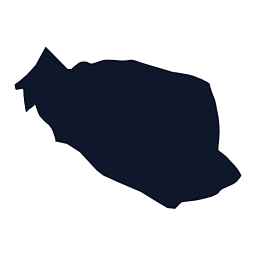 Sirwah, Ma'rib, Yemen (Equal Earth projection)
{"feature_id": "15242507B46939016303647", "entity_name": "Sirwah", "entity_type": "district", "adm_level": 2, "iso_a3": "YEM", "parent_name": "Yemen", "parent_adm1": "Ma'rib", "projection": "equal_earth", "projection_center": [45.022, 15.441], "detail": "fine", "context": "isolated", "style": "filled", "palette": "ink", "viewbox_px": 256, "rotation_deg": 0, "n_neighbors": 0, "source": "geoboundaries", "source_scale": "gbopen_adm2", "svg_char_len": 4105}
<svg xmlns="http://www.w3.org/2000/svg" viewBox="0 0 256 256"><path d="M56.1,140.8L56.7,140.9L65.9,142.9L67.1,143.1L80.2,151.5L82.1,153.5L87.9,159.8L97.3,169.9L103.7,174.9L112.4,178.8L116.7,180.8L141.0,191.2L160.8,203.3L167.6,207.3L168.7,207.4L174.8,208.1L179.7,203.1L180.9,202.0L182.1,201.5L184.8,201.1L190.4,200.4L193.9,200.0L198.6,199.2L206.5,197.3L211.0,196.1L214.2,194.8L216.7,193.4L217.7,192.8L218.1,192.3L218.7,191.5L219.4,190.6L220.2,189.8L220.5,189.5L221.1,189.1L221.9,188.5L222.9,188.0L223.8,187.7L224.6,187.3L225.5,186.9L226.4,186.5L227.3,186.1L228.3,185.6L229.2,185.2L230.2,184.8L231.0,184.4L232.0,183.9L232.8,183.5L233.7,183.0L234.5,182.5L235.4,181.8L236.2,181.2L236.8,180.4L237.5,179.6L238.2,178.8L238.9,178.0L239.6,177.1L240.2,176.2L240.6,175.2L240.4,175.0L239.9,174.0L239.3,173.1L238.7,172.0L238.1,171.1L237.5,170.1L236.8,169.1L236.0,168.1L235.2,167.2L234.6,166.4L233.9,165.6L233.2,164.9L232.4,164.0L231.6,163.2L230.9,162.4L230.1,161.7L229.4,160.8L228.6,160.0L227.9,159.1L226.9,158.1L226.1,157.3L225.3,156.5L224.5,155.8L223.6,155.1L222.7,154.4L221.9,153.8L221.0,153.1L220.2,152.5L219.3,151.8L218.4,151.1L217.7,150.6L217.6,149.4L217.6,148.1L217.8,146.7L217.8,145.4L217.9,144.3L218.1,143.0L218.2,141.9L218.4,140.3L218.5,138.8L218.6,137.5L218.6,136.3L218.7,135.1L218.7,133.6L218.9,132.3L218.8,130.8L218.8,129.6L218.7,128.2L218.7,127.0L218.6,125.5L218.5,124.2L218.4,122.9L218.3,121.6L218.1,120.0L218.0,118.7L217.8,117.1L217.5,115.9L217.3,114.7L217.1,113.5L216.8,112.1L216.5,110.8L216.3,109.4L216.0,108.2L215.8,106.9L215.6,105.7L215.5,105.2L215.3,104.3L215.0,102.9L214.8,101.8L214.4,100.5L214.1,99.5L213.7,98.4L213.2,97.2L212.7,95.9L212.2,94.7L211.7,93.2L211.2,92.0L210.8,90.8L210.4,89.6L210.1,88.3L209.7,87.2L209.3,85.8L209.0,84.5L208.9,83.9L208.6,83.8L207.8,83.2L206.9,82.6L206.1,82.2L205.1,81.7L204.3,81.3L203.5,80.9L202.7,80.4L201.8,80.0L200.8,79.5L199.8,79.2L198.9,78.8L198.0,78.6L197.1,78.1L196.2,77.7L195.2,77.3L194.3,77.0L193.3,76.6L192.4,76.3L191.4,76.1L190.5,75.8L189.6,75.6L188.7,75.3L187.7,75.1L186.8,74.9L185.9,74.8L184.9,74.6L184.1,74.5L183.1,74.3L182.3,74.1L181.4,74.0L180.4,73.8L179.4,73.7L178.5,73.5L177.5,73.3L176.5,73.1L175.5,73.0L174.3,72.9L173.4,72.9L166.7,70.9L162.4,69.6L152.4,66.7L140.5,63.1L139.5,62.8L138.4,62.4L137.5,62.0L136.5,61.7L135.6,61.4L134.6,61.0L133.6,60.8L132.6,60.6L131.6,60.5L130.5,60.5L129.5,60.6L128.5,60.8L127.6,60.9L126.5,61.1L125.4,61.2L124.5,61.2L123.6,61.2L122.4,61.2L121.3,61.2L120.1,61.2L119.1,61.1L118.2,61.1L117.1,60.9L116.1,60.8L114.9,60.8L113.9,60.7L113.0,60.6L112.1,60.6L111.1,60.6L110.0,60.6L109.0,60.4L107.8,60.4L106.7,60.5L105.7,60.5L104.5,60.6L103.5,60.8L102.4,61.1L101.5,61.4L100.3,61.7L99.1,62.1L98.3,62.4L97.4,62.7L96.4,63.0L95.5,63.3L94.7,63.6L93.4,64.0L92.6,64.2L91.3,64.3L90.1,64.1L89.2,63.7L88.3,63.3L87.4,62.8L86.4,62.5L85.5,62.3L84.4,62.3L83.4,62.3L82.3,62.4L81.2,62.6L80.1,62.9L79.1,63.5L78.2,64.2L77.4,64.9L76.6,65.4L75.7,66.0L74.9,66.7L74.1,67.4L73.2,68.2L72.4,69.0L71.6,69.6L70.5,69.8L69.6,69.7L68.5,69.7L67.6,70.0L45.8,47.9L36.3,65.3L32.2,69.9L27.9,74.6L20.5,81.1L15.4,84.8L15.6,86.3L16.1,88.7L16.3,88.9L17.2,88.9L17.3,88.9L17.3,89.0L18.2,88.7L18.5,88.7L21.3,88.3L21.8,88.0L22.1,88.0L22.4,88.1L22.8,88.2L23.6,88.8L24.0,89.4L24.1,90.1L24.1,91.4L24.2,92.5L24.2,93.7L24.2,94.9L24.3,96.1L24.7,97.8L24.7,99.0L24.7,100.3L25.0,101.7L25.1,102.9L25.3,104.0L25.6,105.2L25.8,106.4L25.9,107.6L26.0,108.9L26.3,110.0L26.5,111.0L26.7,110.8L27.5,109.9L28.3,109.0L29.2,108.3L29.4,108.2L30.1,107.9L30.9,107.3L31.7,106.6L32.6,105.9L33.3,105.3L34.1,104.4L34.9,103.9L35.7,104.2L36.2,105.3L36.6,106.4L36.9,107.5L37.3,108.5L37.7,109.6L38.1,110.8L38.5,111.8L38.5,112.0L38.9,113.0L39.0,113.1L39.4,114.0L39.9,115.1L40.6,116.0L41.2,116.8L41.3,116.9L42.0,117.7L42.8,118.4L43.1,118.9L43.5,119.3L44.4,120.1L45.0,120.9L45.8,121.5L46.5,122.2L47.2,122.8L48.1,123.4L48.3,123.5L48.9,124.1L49.3,124.5L49.6,124.8L50.4,125.9L51.0,126.8L51.7,127.7L52.3,128.5L52.8,129.7L53.3,130.8L53.6,131.6L53.7,131.9L54.1,133.0L54.6,134.2L54.9,135.3L55.3,136.3L55.3,136.5L55.6,137.7L56.0,139.0L56.1,140.4L56.1,140.8Z" fill="#0f172a" stroke="#020617" stroke-width="1.5"/></svg>